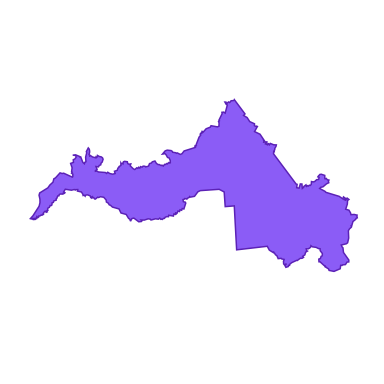 Magdalena, Jalisco, Mexico, rotated 356°
{"feature_id": "50627088B43040746826510", "entity_name": "Magdalena", "entity_type": "district", "adm_level": 2, "iso_a3": "MEX", "parent_name": "Mexico", "parent_adm1": "Jalisco", "projection": "mercator", "projection_center": [-104.086, 20.911], "detail": "fine", "context": "isolated", "style": "filled", "palette": "violet", "viewbox_px": 384, "rotation_deg": 356, "n_neighbors": 0, "source": "geoboundaries", "source_scale": "gbopen_adm2", "svg_char_len": 6027}
<svg xmlns="http://www.w3.org/2000/svg" viewBox="0 0 384 384"><g transform="rotate(356 192 192)"><path d="M328.1,281.1L334.5,278.9L335.2,275.5L336.6,275.7L337.0,275.2L340.0,275.1L341.8,272.7L343.5,272.7L343.7,270.8L338.9,262.9L338.7,258.2L337.8,257.1L337.2,255.3L342.4,254.4L343.7,253.5L345.1,248.9L345.3,241.5L346.6,239.7L348.4,238.3L348.8,237.7L348.4,236.8L349.1,236.5L350.5,232.7L353.4,230.7L353.8,229.8L355.1,229.3L354.8,227.3L355.1,226.6L352.2,225.7L349.0,225.7L348.7,223.9L347.3,221.1L344.1,219.9L346.1,215.0L346.6,211.3L348.0,210.4L346.3,208.9L344.7,210.9L343.5,210.3L344.5,208.9L342.8,207.5L342.1,209.4L338.5,206.6L325.6,201.7L324.7,200.6L319.6,197.4L320.8,196.3L323.0,196.0L326.8,193.2L329.1,192.3L328.8,190.4L329.4,189.7L327.8,189.1L326.8,187.8L325.7,188.2L325.4,187.7L325.6,184.7L322.2,183.3L320.8,183.4L318.9,185.2L318.6,185.7L319.8,186.3L319.2,188.3L317.2,188.4L315.1,190.1L313.5,190.4L311.9,189.9L311.5,192.7L310.5,193.7L309.6,193.4L308.4,194.2L307.5,193.7L306.2,194.9L306.6,194.2L306.2,192.8L304.0,194.2L303.7,195.1L302.3,196.1L302.2,191.7L300.6,191.5L299.1,195.6L296.7,195.0L297.4,191.7L296.4,191.3L276.0,159.6L276.3,157.5L276.9,157.5L276.8,156.3L277.5,155.7L277.6,154.4L279.0,152.3L279.4,150.9L276.8,150.6L273.5,149.0L272.6,150.3L271.7,149.1L271.0,149.2L270.7,150.2L268.6,149.1L270.2,147.7L270.2,147.2L267.0,147.3L267.3,146.3L267.0,145.2L267.5,145.4L263.9,139.1L258.6,136.1L261.8,131.2L261.0,130.8L260.6,131.2L258.9,130.2L259.1,128.3L254.5,125.8L252.2,121.6L248.8,119.3L250.3,117.8L240.7,102.9L240.5,103.4L239.3,103.7L237.4,103.7L235.8,105.4L234.7,104.7L232.7,106.3L232.2,104.7L231.1,104.6L232.2,106.9L233.3,107.7L230.6,115.6L229.1,114.5L227.4,114.6L227.5,116.0L223.9,122.2L224.3,122.9L223.4,123.5L223.8,124.9L223.5,128.2L222.0,128.8L215.6,127.2L214.7,128.6L210.5,129.9L207.5,132.9L206.3,132.2L206.0,132.9L206.4,133.6L205.5,134.1L205.5,133.6L204.6,134.2L204.2,135.0L204.6,135.9L202.9,137.7L198.8,146.5L198.3,146.2L198.2,146.6L198.8,146.6L197.6,147.7L197.9,147.9L187.0,150.5L184.7,153.1L182.9,153.7L180.1,152.0L179.1,152.3L178.6,151.7L175.5,151.0L175.2,150.1L174.0,149.2L170.2,148.5L168.1,149.1L165.2,152.1L166.7,152.0L167.3,151.4L168.7,153.0L170.0,155.8L171.6,156.5L172.5,159.0L172.4,161.3L171.9,161.6L171.0,161.0L169.5,162.2L169.0,161.8L167.4,162.7L166.6,162.5L165.1,164.1L163.9,163.1L163.1,163.5L161.2,162.3L160.1,162.3L158.5,161.0L157.2,158.5L154.5,159.1L153.6,160.2L151.6,160.7L150.5,163.0L149.9,163.3L147.5,163.7L146.8,163.0L145.0,162.8L143.9,163.7L142.4,163.1L141.8,164.4L141.1,164.4L140.5,163.6L139.5,164.6L138.6,164.0L136.5,165.6L135.1,164.8L132.2,161.6L132.9,159.7L131.2,159.9L129.9,159.2L129.6,157.3L126.9,156.7L125.7,157.1L125.1,159.1L124.5,158.5L123.5,159.0L123.1,158.2L122.9,160.6L121.0,161.5L121.1,162.0L119.8,163.0L118.9,165.2L116.1,165.9L116.6,168.2L114.1,168.7L111.2,167.8L109.3,166.4L108.1,167.5L106.9,166.5L100.1,165.5L98.5,164.5L97.1,164.6L97.1,164.0L98.9,162.9L98.0,159.9L100.5,160.4L101.2,159.1L102.9,158.5L103.2,157.0L104.5,155.9L105.6,153.1L105.1,151.6L103.9,150.6L102.0,150.1L100.2,148.9L99.7,150.6L99.1,151.0L98.6,150.3L98.2,151.1L95.2,150.1L93.4,148.7L92.7,148.9L92.9,148.3L91.9,147.6L92.7,145.0L92.7,143.2L92.4,141.9L91.6,140.8L89.4,144.3L89.7,145.6L88.3,149.8L88.3,154.4L87.1,155.0L86.6,156.3L85.2,154.9L83.4,149.2L82.7,149.4L82.3,148.7L78.5,146.8L75.6,146.9L78.6,147.5L78.8,149.3L77.4,150.9L75.8,151.5L75.8,154.2L72.9,155.0L74.1,159.5L73.3,163.2L73.9,163.9L73.1,164.8L74.4,165.9L74.1,168.5L73.6,168.8L65.3,164.3L63.7,164.5L61.7,163.7L56.8,168.4L55.1,169.2L54.0,172.5L50.7,175.1L48.5,177.8L40.0,182.3L39.2,184.5L39.8,188.6L39.6,192.0L38.5,195.5L31.7,204.6L28.9,207.3L29.9,207.7L30.8,207.3L31.2,208.0L32.4,207.3L32.8,207.5L32.4,208.4L33.8,208.4L34.3,208.1L34.2,207.3L35.3,207.5L35.5,205.8L36.6,206.7L37.4,206.1L37.3,205.3L38.8,205.2L40.0,204.4L40.6,204.7L41.4,204.4L41.5,203.8L42.3,203.9L42.5,202.3L43.9,201.0L44.6,201.0L45.1,202.1L46.2,201.7L45.7,200.7L47.0,200.2L46.7,199.0L47.4,197.8L48.6,197.4L49.5,195.6L50.3,195.8L51.3,195.2L51.7,193.0L53.0,192.7L53.6,191.2L55.9,190.7L56.1,189.2L56.7,188.9L57.7,186.6L59.0,186.5L59.4,185.3L60.5,184.8L63.1,185.1L63.3,184.4L64.5,184.5L65.2,183.9L64.0,182.9L65.8,180.4L71.9,181.8L74.7,181.3L75.7,181.9L76.1,181.5L78.2,181.6L77.8,183.1L81.7,184.3L83.0,186.7L83.1,187.9L84.2,187.7L85.1,188.7L85.3,188.1L86.1,187.6L87.7,187.6L90.2,188.8L90.5,190.2L91.2,190.0L91.3,190.8L92.3,190.0L92.3,190.9L93.5,190.7L94.3,192.1L95.2,192.3L97.5,190.6L98.5,191.0L100.3,190.3L103.6,191.1L105.8,194.0L105.9,196.0L107.6,197.2L108.6,199.1L109.7,199.5L111.6,201.5L118.0,203.8L119.7,208.0L124.8,209.8L126.9,213.9L128.2,214.9L128.4,216.2L128.9,216.4L130.2,214.3L132.2,214.0L136.8,218.0L139.5,217.9L140.1,217.2L139.4,216.4L142.4,216.7L146.4,215.7L148.5,216.2L149.0,217.0L149.7,217.0L153.7,216.2L156.6,216.8L158.0,215.8L159.0,217.1L159.9,216.9L160.4,217.3L161.9,216.3L162.7,216.4L163.5,215.3L165.2,214.8L166.8,215.0L167.1,213.6L171.8,214.7L172.4,212.7L173.6,213.1L174.2,211.6L175.3,211.9L175.2,212.4L175.7,212.0L176.7,210.0L178.2,210.6L178.8,208.9L180.4,209.5L181.1,207.8L182.7,208.4L185.0,202.7L184.7,201.7L182.7,201.1L182.5,198.9L183.7,198.7L184.4,198.0L186.4,198.7L186.7,198.1L189.0,197.1L189.3,196.4L190.1,197.0L194.2,196.5L197.9,192.2L200.4,191.2L219.3,191.2L224.1,194.2L224.1,208.9L233.2,208.8L232.5,252.8L263.3,251.4L265.1,255.4L268.6,257.9L269.2,257.6L269.3,258.4L270.1,258.7L270.8,260.3L272.3,261.6L273.3,264.5L276.3,264.4L276.7,265.0L279.2,265.7L278.4,267.6L278.4,270.1L279.1,271.1L281.3,270.1L279.6,271.9L280.4,273.7L282.8,273.1L283.2,272.0L284.2,272.0L284.3,271.1L286.4,269.5L291.6,267.5L292.2,267.7L295.4,265.7L297.2,265.8L298.7,265.0L297.9,263.9L300.2,262.6L301.1,260.0L303.0,259.0L302.2,258.5L302.0,256.6L304.0,256.8L305.5,256.1L306.7,255.0L306.9,253.9L308.3,255.1L312.0,255.9L314.3,257.3L315.8,257.5L315.8,259.5L317.7,262.4L317.6,264.1L317.1,265.0L316.3,265.2L315.4,267.3L313.8,267.8L313.8,270.5L314.9,270.6L318.5,274.4L319.7,275.1L320.0,275.6L319.6,275.9L322.8,278.2L323.3,279.8L328.1,281.1Z" fill="#8b5cf6" stroke="#5b21b6" stroke-width="1.5"/></g></svg>